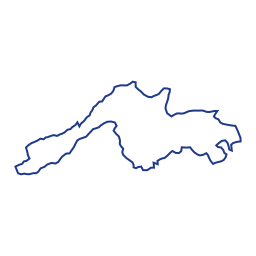 São Vicente, São Paulo, Brazil (orthographic projection)
{"feature_id": "56859067B44693730351298", "entity_name": "São Vicente", "entity_type": "district", "adm_level": 2, "iso_a3": "BRA", "parent_name": "Brazil", "parent_adm1": "São Paulo", "projection": "orthographic", "projection_center": [-46.493, -23.955], "detail": "fine", "context": "isolated", "style": "outline", "palette": "blue", "viewbox_px": 256, "rotation_deg": 0, "n_neighbors": 0, "source": "geoboundaries", "source_scale": "gbopen_adm2", "svg_char_len": 2478}
<svg xmlns="http://www.w3.org/2000/svg" viewBox="0 0 256 256"><path d="M132.8,81.7L130.2,83.6L126.9,85.4L124.1,85.4L120.8,85.3L117.9,86.0L114.5,87.1L113.4,90.7L111.3,93.5L108.1,95.4L105.6,96.3L103.9,98.7L102.1,101.5L99.3,101.7L95.8,105.6L93.5,107.2L92.5,109.9L90.7,112.4L89.6,115.4L86.7,117.4L84.3,120.7L81.0,123.6L79.4,126.4L77.4,122.3L75.3,125.2L72.4,127.0L70.4,129.1L67.4,129.8L64.7,132.3L62.1,133.7L59.4,134.6L57.2,135.9L53.6,135.1L50.1,136.2L47.9,137.1L45.7,137.5L43.7,139.2L40.3,138.7L37.6,140.5L34.4,142.0L31.5,143.1L28.4,145.2L26.0,147.5L27.2,151.5L28.0,155.5L29.5,158.5L26.5,160.9L23.9,161.4L22.1,163.9L19.6,164.6L15.4,166.6L18.1,173.3L21.2,174.3L24.3,173.6L26.5,174.1L29.3,174.2L33.2,173.2L36.2,173.2L38.2,171.8L40.7,168.3L44.4,166.9L47.4,164.4L51.6,162.9L55.5,163.5L58.3,161.9L60.3,159.0L62.2,156.6L66.1,153.6L69.5,153.4L71.9,149.9L73.6,147.5L75.4,144.0L77.2,140.5L79.8,138.9L82.5,138.0L86.1,136.7L88.8,133.8L93.1,129.1L95.7,128.4L98.8,127.3L101.1,125.2L103.6,123.5L107.2,121.8L110.9,121.5L114.9,122.5L116.6,125.8L114.8,128.2L113.6,130.7L116.1,133.8L118.9,136.5L120.0,140.6L119.8,144.0L121.0,146.3L123.2,148.7L122.3,152.1L123.2,154.9L126.2,157.9L132.5,162.4L133.6,164.8L133.6,167.3L136.0,168.2L138.2,167.0L141.2,166.6L143.0,170.1L147.2,170.2L151.0,167.7L154.0,167.7L153.6,162.7L157.7,164.2L157.5,160.9L160.0,159.3L162.2,158.4L164.6,158.0L167.4,155.6L170.1,152.9L172.3,151.0L175.7,152.9L178.9,153.1L181.2,151.2L181.8,147.3L186.4,147.6L190.1,147.3L192.0,149.8L194.4,152.4L197.5,154.5L199.8,155.4L202.8,154.9L206.4,153.2L208.0,155.2L208.9,157.5L210.4,160.6L213.1,163.9L215.3,162.8L218.3,162.0L221.2,161.3L223.8,159.9L225.7,157.2L226.5,154.4L224.4,153.0L223.2,149.9L221.0,147.4L218.0,147.1L216.3,145.4L218.7,143.2L221.6,141.0L225.1,140.3L227.6,143.0L228.6,146.2L229.3,149.5L231.8,150.6L231.5,147.8L231.2,144.7L232.9,143.2L235.2,142.3L237.5,141.8L240.6,141.4L240.5,137.9L239.0,134.1L238.0,131.4L235.4,125.9L232.6,125.6L229.2,125.1L226.7,124.6L223.1,123.9L220.3,122.5L218.5,119.4L215.6,118.2L213.9,116.5L215.0,114.4L217.3,111.0L214.3,111.0L209.6,112.0L206.8,111.9L202.6,110.5L198.8,110.6L193.4,110.6L188.8,111.2L183.9,113.3L181.4,113.6L179.1,113.4L176.8,113.5L174.5,114.6L171.4,116.4L167.1,113.2L165.5,108.4L165.9,105.4L168.2,98.5L168.6,94.7L169.7,92.1L169.9,89.2L166.9,88.4L163.8,88.4L161.1,91.2L158.7,94.1L156.2,95.1L153.6,96.1L151.6,97.2L148.3,96.9L144.2,94.8L141.2,91.8L137.9,89.1L135.7,86.9L135.6,82.3L132.8,81.7Z" fill="none" stroke="#1e3a8a" stroke-width="2"/></svg>